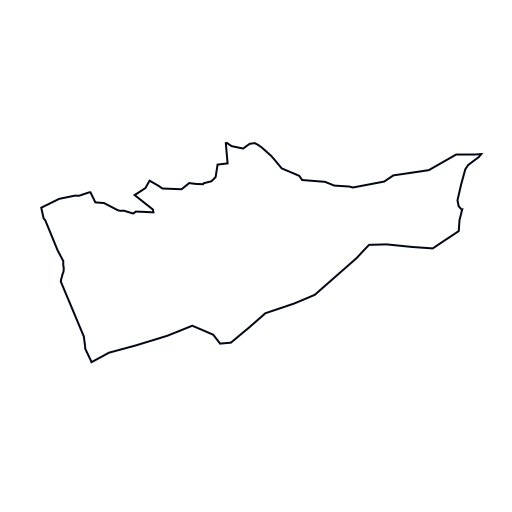 Saki West, Oyo, Nigeria (Mercator projection), rotated 184°
{"feature_id": "59680162B14133510851755", "entity_name": "Saki West", "entity_type": "district", "adm_level": 2, "iso_a3": "NGA", "parent_name": "Nigeria", "parent_adm1": "Oyo", "projection": "mercator", "projection_center": [3.175, 8.647], "detail": "fine", "context": "isolated", "style": "outline", "palette": "ink", "viewbox_px": 512, "rotation_deg": 184, "n_neighbors": 0, "source": "geoboundaries", "source_scale": "gbopen_adm2", "svg_char_len": 1490}
<svg xmlns="http://www.w3.org/2000/svg" viewBox="0 0 512 512"><g transform="rotate(184 256 256)"><path d="M55.5,295.0L55.5,305.9L53.6,316.7L54.0,316.5L57.3,319.8L58.9,325.6L56.5,340.9L53.4,356.4L53.4,356.8L50.7,361.6L40.6,370.3L38.4,373.4L44.7,372.5L63.4,371.2L89.6,353.7L124.6,346.0L133.3,339.2L164.1,331.1L167.7,331.8L182.9,331.7L192.3,334.8L215.2,335.0L218.5,339.0L236.5,345.2L244.0,353.1L247.8,356.9L257.9,364.7L261.5,366.9L265.1,368.5L270.1,367.5L276.3,362.3L288.0,363.9L293.0,366.8L294.0,366.5L290.8,346.4L300.7,344.5L301.8,331.9L305.7,327.4L313.1,325.0L313.9,323.9L321.5,323.7L327.7,324.1L334.9,317.4L354.1,316.8L358.5,319.4L367.4,323.7L371.1,316.0L376.8,311.7L381.3,308.3L377.5,305.7L362.0,295.1L361.4,292.4L374.5,292.1L379.0,291.9L381.3,289.9L381.5,289.8L391.1,292.0L394.2,291.6L397.0,292.0L411.3,298.2L420.0,298.3L425.6,308.0L426.7,307.9L436.9,303.7L440.8,303.6L456.3,299.3L473.6,289.2L470.5,278.7L468.7,276.9L454.3,247.8L447.9,237.5L447.7,234.0L446.9,230.2L446.9,227.6L447.2,225.9L448.0,223.4L448.0,222.1L448.6,220.1L448.8,218.7L448.7,218.2L449.0,217.4L448.9,216.8L422.1,163.6L420.1,153.4L419.9,151.6L413.9,141.0L412.7,138.6L411.1,139.6L395.9,149.3L369.4,158.5L340.1,169.8L338.8,170.3L314.7,182.0L293.2,174.5L285.7,166.1L275.0,167.8L257.6,184.5L242.6,199.6L214.5,211.3L194.6,221.4L189.7,226.4L158.6,257.8L155.6,260.8L149.9,267.9L144.0,275.0L126.6,276.7L101.0,275.9L85.2,275.9L80.5,275.9L80.2,275.9L71.1,283.0L55.5,295.0Z" fill="none" stroke="#020617" stroke-width="2"/></g></svg>